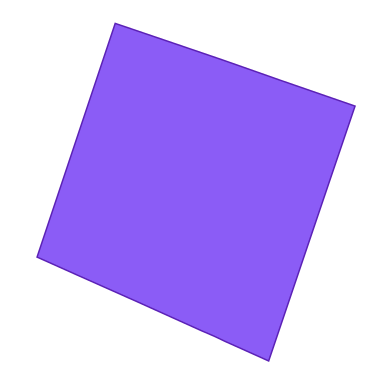 Noxubee, Mississippi, United States of America, rotated 109°
{"feature_id": "52423323B86616716880286", "entity_name": "Noxubee", "entity_type": "district", "adm_level": 2, "iso_a3": "USA", "parent_name": "United States of America", "parent_adm1": "Mississippi", "projection": "equal_earth", "projection_center": [-88.56, 33.107], "detail": "fine", "context": "isolated", "style": "filled", "palette": "violet", "viewbox_px": 384, "rotation_deg": 109, "n_neighbors": 0, "source": "geoboundaries", "source_scale": "gbopen_adm2", "svg_char_len": 352}
<svg xmlns="http://www.w3.org/2000/svg" viewBox="0 0 384 384"><g transform="rotate(109 192 192)"><path d="M57.7,65.8L57.6,145.2L57.2,204.6L57.3,242.8L57.6,318.5L57.6,319.5L304.0,317.3L307.9,273.6L312.9,216.3L312.9,215.9L320.1,137.8L321.1,124.3L322.5,111.9L326.8,64.5L133.9,65.5L57.7,65.8Z" fill="#8b5cf6" stroke="#5b21b6" stroke-width="1.5"/></g></svg>